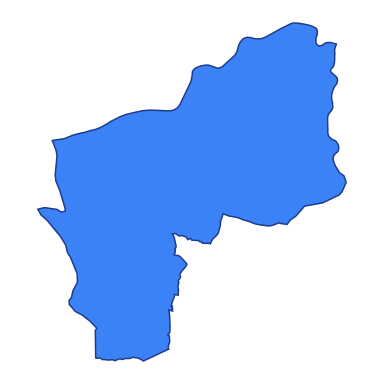 the district of Estanzuela, Zacapa, Guatemala
{"feature_id": "79465075B47925591058231", "entity_name": "Estanzuela", "entity_type": "district", "adm_level": 2, "iso_a3": "GTM", "parent_name": "Guatemala", "parent_adm1": "Zacapa", "projection": "mercator", "projection_center": [-89.606, 14.975], "detail": "fine", "context": "isolated", "style": "filled", "palette": "blue", "viewbox_px": 384, "rotation_deg": 0, "n_neighbors": 0, "source": "geoboundaries", "source_scale": "gbopen_adm2", "svg_char_len": 5598}
<svg xmlns="http://www.w3.org/2000/svg" viewBox="0 0 384 384"><path d="M336.4,44.0L334.7,43.7L332.5,43.0L330.7,42.5L329.2,42.5L326.9,42.6L325.5,42.9L324.0,44.0L322.4,45.1L320.5,45.9L318.8,45.8L317.2,44.8L316.2,43.5L316.0,42.2L315.9,39.5L316.1,37.9L316.5,36.5L317.0,35.2L317.3,33.3L317.4,31.6L316.8,29.1L315.8,28.1L314.2,27.2L312.4,26.4L310.1,25.5L305.4,24.4L300.4,23.5L296.1,23.0L293.5,23.0L291.7,23.4L290.0,24.1L285.8,26.2L280.4,28.8L271.3,33.9L265.7,37.0L261.9,38.5L258.5,38.9L257.0,38.9L255.7,38.8L254.1,38.5L252.4,38.1L250.9,37.7L249.0,37.4L247.3,37.3L244.4,38.1L243.2,38.9L241.9,40.0L240.4,41.9L239.3,43.8L238.4,46.1L237.7,49.0L237.1,51.0L236.1,53.3L234.8,55.3L222.3,66.7L220.4,67.6L218.7,68.1L217.0,68.1L215.6,67.5L213.4,66.7L210.8,65.8L208.2,65.1L206.3,65.1L204.0,65.3L201.0,66.0L198.4,66.8L195.7,68.0L194.0,69.2L192.4,71.7L192.3,73.2L192.2,75.1L191.4,79.5L190.3,82.8L185.5,92.9L179.9,104.6L178.5,106.6L176.4,108.5L174.1,109.9L172.0,110.5L169.8,110.8L167.4,110.8L164.5,110.7L160.7,110.5L149.9,110.1L142.8,110.7L134.6,112.4L126.2,114.4L119.7,116.9L114.6,119.5L111.1,121.3L110.0,121.9L108.6,122.9L101.7,126.9L98.7,128.2L95.9,129.3L93.2,130.0L90.3,130.6L88.0,131.3L84.9,132.3L82.3,132.8L76.2,134.2L71.6,135.7L67.2,137.5L63.8,138.8L56.2,139.8L52.3,140.5L56.0,150.1L57.0,155.7L55.2,174.7L55.9,181.1L59.8,190.5L65.1,208.4L65.1,211.3L61.1,212.0L57.0,209.4L44.5,207.6L37.8,209.2L40.9,214.8L47.2,220.4L60.5,236.6L65.8,245.2L67.4,252.5L70.4,257.1L77.2,273.8L77.4,282.3L72.9,290.8L71.4,297.7L69.1,300.2L69.3,304.5L75.3,311.4L82.1,315.0L89.8,321.0L96.8,328.1L95.3,330.6L95.7,357.9L96.4,358.1L97.8,358.3L99.1,357.8L99.8,358.2L100.6,358.2L102.4,359.6L103.8,359.6L105.9,359.7L107.9,360.1L111.1,359.8L113.7,359.9L114.5,360.8L118.2,359.4L119.8,358.8L122.5,359.5L125.2,358.5L128.1,358.5L130.3,358.4L132.2,357.3L136.9,357.8L140.2,359.0L143.4,361.0L168.4,349.2L168.7,349.2L168.5,348.5L168.3,347.7L168.2,346.8L168.4,346.1L168.9,344.4L169.0,343.9L169.1,343.7L169.3,343.3L169.3,343.0L169.4,342.8L169.7,341.6L169.7,341.2L169.7,340.6L169.6,339.8L169.5,339.0L169.5,338.4L169.4,337.6L169.4,336.5L169.4,336.1L169.2,335.8L168.8,335.6L168.5,335.5L168.2,335.2L167.7,334.9L168.1,334.4L168.5,334.1L168.8,333.9L169.1,333.6L169.3,333.3L169.5,332.9L169.7,332.0L169.9,331.4L169.9,330.9L169.9,330.3L169.9,329.4L170.0,328.6L170.0,327.8L169.9,327.3L170.0,327.0L170.0,326.7L170.0,326.4L170.0,326.1L170.0,324.4L169.7,319.1L169.7,317.2L169.6,315.3L169.4,313.8L169.1,311.5L168.8,310.0L172.5,311.0L172.3,310.4L172.0,309.9L172.0,309.6L172.5,309.3L172.7,309.0L172.3,308.3L172.3,307.5L172.5,306.4L171.3,306.4L171.5,305.3L171.5,304.6L171.7,304.2L172.1,302.5L172.3,302.1L172.4,301.6L172.6,301.0L173.0,299.8L173.3,299.2L173.6,298.6L174.0,297.8L174.1,297.3L174.2,296.7L174.4,295.5L174.5,294.6L178.2,295.2L178.2,293.6L178.3,292.4L178.4,291.3L178.4,290.7L178.4,290.0L178.4,289.0L178.1,288.0L178.1,285.3L178.9,282.5L178.4,281.3L178.1,280.7L178.4,280.3L179.8,278.6L180.3,277.4L180.6,276.7L179.9,275.0L180.0,273.8L180.7,272.8L182.8,269.8L184.1,268.5L185.4,266.9L186.2,265.6L186.7,264.9L186.9,264.3L186.7,263.7L184.4,261.1L181.5,258.0L179.9,256.4L179.4,256.1L178.6,255.7L176.0,255.3L174.4,255.0L174.2,254.5L174.4,254.0L174.6,253.4L175.1,253.0L175.1,252.2L175.3,251.1L175.1,250.4L175.1,250.0L175.2,249.8L175.5,249.3L175.3,249.0L175.2,248.6L175.3,248.2L175.6,247.8L176.0,247.1L176.1,246.3L175.9,245.3L175.8,244.2L175.3,242.8L175.3,242.0L174.9,240.8L174.7,239.8L174.5,238.8L174.4,237.9L174.1,237.1L173.2,235.3L172.4,234.0L172.9,233.9L173.6,233.8L174.5,233.5L174.9,233.4L175.2,233.4L175.7,233.8L176.2,234.1L177.3,234.9L178.7,235.8L178.8,235.9L179.2,236.0L179.6,235.9L180.2,235.8L180.7,235.7L181.0,235.6L181.5,235.5L181.9,235.6L182.3,235.7L183.6,236.1L184.6,236.4L186.0,236.9L186.3,237.1L186.7,237.8L187.7,239.6L187.9,239.6L188.2,239.5L188.4,239.4L189.0,239.1L190.5,238.4L190.7,238.5L190.8,238.8L191.2,239.4L191.4,239.8L191.5,240.0L191.8,240.1L192.3,240.1L192.8,240.2L194.1,240.3L196.5,240.4L197.9,240.5L198.5,240.7L199.0,240.9L199.3,241.2L199.8,241.7L200.0,241.8L200.9,241.9L201.7,242.0L201.9,242.1L202.0,242.6L202.0,242.9L202.1,243.0L202.8,243.2L203.4,243.2L204.1,243.3L205.3,243.3L207.0,243.3L208.8,243.4L209.4,243.4L209.8,243.5L210.0,243.5L210.2,243.9L210.5,243.8L211.6,240.8L212.4,239.7L213.0,238.8L214.6,237.3L216.0,236.0L217.0,234.9L218.3,232.9L219.6,228.6L220.3,225.3L220.6,222.8L220.1,222.5L221.9,217.8L223.1,213.8L229.0,216.0L235.0,217.0L238.3,217.8L242.4,219.5L246.5,220.8L249.4,221.6L255.3,223.9L259.2,224.7L262.4,225.2L265.6,225.6L268.2,225.9L269.7,225.9L270.9,225.7L274.6,224.6L279.1,222.7L279.6,223.0L279.9,223.2L280.1,223.3L280.4,223.5L280.7,223.5L281.1,223.6L281.7,223.7L282.3,223.7L284.2,224.0L285.5,224.2L287.0,224.4L290.6,219.8L295.8,216.2L304.6,206.1L322.5,202.9L339.3,194.9L342.1,191.8L346.2,182.3L343.9,175.7L342.3,174.7L340.6,173.6L339.0,172.0L336.7,167.9L335.4,166.0L333.7,161.7L333.2,159.9L333.2,158.3L333.5,156.4L334.9,154.0L336.5,152.7L337.8,151.5L338.4,149.9L338.7,148.0L338.6,145.6L337.8,143.9L335.8,141.1L334.6,140.5L332.5,139.5L330.7,138.3L329.6,137.1L328.7,136.1L328.0,134.1L327.8,131.9L327.8,129.1L327.6,121.3L327.6,118.0L327.9,115.8L328.6,114.3L329.6,112.7L330.7,111.5L332.3,109.1L332.8,107.4L332.6,104.4L332.6,103.0L332.0,100.9L331.7,99.1L331.6,96.7L331.7,94.6L332.1,92.8L332.8,90.5L333.5,88.7L334.8,86.3L336.1,84.6L336.9,83.3L337.5,80.8L337.3,78.5L336.4,76.9L334.7,75.4L333.7,74.5L332.3,73.2L331.3,72.5L330.5,70.8L331.0,69.0L332.6,67.6L333.7,65.8L334.3,63.4L334.6,61.1L334.6,59.7L334.7,58.3L334.7,56.1L334.8,53.6L334.7,51.5L334.7,49.6L335.1,47.7L336.4,44.0Z" fill="#3b82f6" stroke="#1e3a8a" stroke-width="1.5"/></svg>